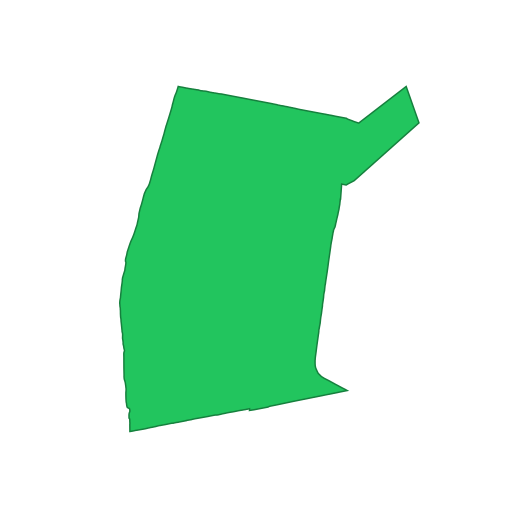 Stede Broec, Noord-Holland, Netherlands (Natural Earth projection), rotated 284°
{"feature_id": "6326949B50163313594410", "entity_name": "Stede Broec", "entity_type": "district", "adm_level": 2, "iso_a3": "NLD", "parent_name": "Netherlands", "parent_adm1": "Noord-Holland", "projection": "natural_earth1", "projection_center": [5.224, 52.697], "detail": "fine", "context": "isolated", "style": "filled", "palette": "green", "viewbox_px": 512, "rotation_deg": 284, "n_neighbors": 0, "source": "geoboundaries", "source_scale": "gbopen_adm2", "svg_char_len": 6005}
<svg xmlns="http://www.w3.org/2000/svg" viewBox="0 0 512 512"><g transform="rotate(284 256 256)"><path d="M401.7,139.5L400.9,139.5L397.7,139.3L396.2,139.2L394.4,139.0L392.8,138.7L391.9,138.6L391.0,138.5L388.8,138.4L385.3,138.4L382.7,138.3L380.6,138.4L379.8,138.4L374.9,138.2L370.9,138.0L367.3,137.8L364.3,137.6L362.5,137.5L362.0,137.5L360.3,137.3L359.6,137.3L355.1,137.2L351.9,137.2L348.3,137.0L344.8,136.9L339.6,136.5L338.3,136.5L337.8,136.5L335.9,136.3L334.5,136.2L330.9,136.0L321.8,135.8L316.3,135.7L313.8,135.6L310.5,135.4L308.1,135.3L304.2,135.3L302.4,135.2L300.2,135.1L298.4,134.8L297.0,134.5L294.8,133.7L294.0,133.4L291.3,132.9L289.5,132.6L286.2,132.5L282.6,132.5L278.3,132.4L274.4,132.1L268.9,132.2L265.2,132.8L261.0,132.9L259.9,132.9L258.4,133.0L257.0,133.0L254.0,132.7L252.1,132.6L249.2,132.4L247.0,132.2L244.0,131.8L240.4,131.1L237.9,130.8L235.6,130.6L228.8,130.1L227.1,130.2L225.6,130.3L223.1,130.2L222.2,130.2L221.5,130.2L220.2,130.4L219.8,130.5L219.4,130.6L218.9,131.0L218.4,131.3L218.0,131.4L216.8,131.6L214.3,131.8L212.6,131.9L210.3,132.2L207.3,132.0L204.8,131.9L202.6,131.8L200.7,132.0L199.6,132.3L197.3,132.6L193.1,133.0L189.3,133.6L185.7,134.1L182.6,134.6L180.3,134.7L178.2,135.0L176.9,135.3L176.2,135.6L174.9,136.0L173.7,136.4L173.2,136.7L172.5,137.0L171.9,137.1L171.5,137.2L171.1,137.4L170.4,137.6L169.0,138.0L167.4,138.4L165.7,138.9L164.4,139.3L163.8,139.5L163.3,139.7L162.7,140.0L161.6,140.4L159.9,140.9L157.8,141.7L151.1,144.1L150.1,144.4L148.9,145.1L147.5,145.6L144.3,146.3L143.6,146.5L141.6,147.4L141.0,147.6L140.0,148.0L139.0,148.2L138.1,148.5L136.7,149.3L134.3,150.3L133.4,150.8L132.4,151.3L132.1,151.3L131.8,151.4L131.1,151.2L130.5,151.2L129.7,151.3L129.1,151.4L125.8,152.3L115.9,154.8L108.5,156.8L106.8,157.2L104.8,157.9L103.9,158.4L102.8,159.1L101.5,159.8L98.3,161.1L97.2,161.5L95.6,162.1L94.3,162.4L92.0,162.8L89.6,163.4L86.3,164.3L83.7,165.1L82.4,165.6L81.9,165.9L80.3,166.5L79.1,167.0L78.5,167.4L77.9,167.8L77.8,168.2L77.6,168.9L77.5,169.6L77.3,170.0L77.1,170.3L76.8,170.5L76.0,170.8L75.3,171.1L74.7,171.2L72.8,171.0L71.9,171.1L71.1,171.2L68.8,171.8L68.0,172.0L67.8,172.3L67.6,172.5L67.4,172.8L67.1,173.0L66.5,173.1L65.7,173.4L64.5,173.7L63.3,174.1L62.2,174.3L61.0,174.6L58.7,175.2L56.4,175.8L55.2,176.1L55.3,176.4L56.1,178.2L56.9,179.9L57.5,181.0L58.0,182.2L58.1,182.5L58.9,184.3L60.7,188.4L61.3,189.7L61.8,190.8L63.1,193.2L63.6,194.3L64.1,195.2L64.5,196.2L65.1,197.5L65.6,198.5L66.2,199.8L67.4,201.9L68.1,203.3L68.3,203.9L69.4,206.3L70.6,209.0L71.0,209.8L72.0,211.9L72.6,213.1L73.1,214.2L73.2,214.4L73.4,214.9L73.9,216.5L74.4,217.3L74.8,218.2L75.2,219.0L75.3,219.3L75.9,220.8L76.1,221.1L78.5,226.3L79.2,227.8L79.3,227.7L80.1,229.4L81.6,232.9L82.0,233.5L83.3,236.1L84.4,238.6L86.4,243.1L88.1,246.9L88.8,248.5L89.1,249.0L90.4,251.8L91.7,254.6L92.0,255.6L92.1,256.1L92.3,256.5L92.4,257.0L92.8,257.9L93.6,259.4L93.7,259.7L94.6,261.3L95.3,262.8L95.9,264.1L96.5,265.2L97.3,266.9L97.6,267.6L98.0,268.4L99.0,270.8L99.9,272.8L101.2,275.5L101.5,276.1L101.7,276.5L101.9,277.0L102.2,277.7L102.7,278.8L103.0,279.6L103.9,281.5L104.4,282.8L104.9,283.7L105.2,284.5L106.3,286.7L105.4,286.9L104.8,287.1L104.6,287.1L106.3,291.2L112.1,303.7L112.4,304.3L113.4,305.4L116.9,312.8L123.9,327.2L147.5,377.0L148.1,374.9L148.7,372.2L149.5,369.0L150.3,365.9L150.5,364.9L151.4,361.6L152.1,358.9L152.5,357.5L153.3,354.0L153.8,351.8L154.4,350.0L154.6,349.4L154.8,348.7L155.4,347.7L156.1,346.5L156.3,346.3L156.5,345.8L156.7,345.5L157.3,344.6L158.7,343.4L160.1,342.3L161.8,341.0L163.6,340.1L165.7,339.4L167.7,338.9L169.3,338.5L169.7,338.5L170.6,338.3L171.9,338.1L177.3,337.5L183.1,336.8L195.3,335.5L195.7,335.5L198.0,335.2L199.8,334.8L200.1,334.9L200.4,334.9L202.9,334.7L206.3,334.5L206.6,334.4L207.1,334.4L209.7,334.0L212.0,333.7L216.1,333.4L220.3,332.9L223.4,332.6L224.8,332.3L225.6,332.2L228.0,332.0L231.9,331.6L233.6,331.3L235.5,331.0L236.2,331.0L237.4,330.9L238.8,330.9L242.1,330.4L244.4,330.1L244.5,330.1L245.5,330.1L249.0,329.7L253.4,329.3L257.7,328.9L263.4,328.3L268.5,327.7L275.4,327.0L281.3,326.4L283.2,326.2L283.7,326.1L284.6,326.0L287.2,325.8L288.9,325.7L291.3,325.6L292.0,325.5L294.6,325.3L296.1,325.2L297.0,325.1L299.1,325.1L299.6,325.0L300.1,325.0L300.7,325.1L301.9,325.3L302.8,325.5L303.2,325.6L303.5,325.6L304.0,325.6L305.5,325.6L305.8,325.6L306.0,325.5L306.3,325.5L306.3,325.4L306.6,325.4L307.1,325.5L307.5,325.5L308.7,325.5L311.7,325.4L314.8,325.4L316.0,325.4L317.3,325.3L320.3,325.2L321.4,325.2L323.1,325.0L326.2,324.8L329.0,324.4L330.7,324.2L331.0,324.1L331.5,324.0L331.6,324.3L346.5,321.7L346.7,326.3L348.3,327.9L352.8,333.0L424.6,381.9L456.8,360.7L409.8,323.5L410.2,318.2L410.3,317.7L410.4,317.2L410.7,314.4L411.0,311.6L411.5,310.5L410.8,298.9L410.8,298.1L409.0,267.1L408.9,265.1L408.8,264.0L408.7,261.0L408.7,258.7L408.7,258.0L408.6,256.9L408.6,256.5L408.6,256.0L408.6,255.2L408.5,254.4L408.5,253.6L408.5,253.3L408.4,252.8L408.4,252.1L408.4,251.5L408.4,251.0L408.3,248.9L408.2,248.5L408.2,248.1L408.2,246.6L408.2,246.2L408.1,245.2L408.0,244.5L407.9,243.2L407.9,242.1L407.8,241.2L407.8,240.8L407.8,240.5L407.9,239.5L407.8,238.2L407.8,237.6L407.7,236.3L407.7,235.7L407.7,234.9L406.4,212.1L406.3,210.0L405.0,186.6L405.0,186.4L405.0,186.0L404.9,184.7L404.9,184.3L404.9,183.8L404.8,183.1L404.8,182.8L404.7,182.5L404.6,181.8L404.5,181.4L404.5,180.9L404.4,180.3L404.4,179.8L404.4,179.3L404.3,178.1L404.3,177.4L404.1,176.5L404.1,175.8L404.1,175.3L403.9,173.9L403.9,173.3L403.9,172.7L403.8,172.3L403.8,171.7L403.8,170.7L403.8,169.1L403.8,168.1L403.7,166.9L403.6,166.3L403.3,164.7L403.3,164.2L403.2,163.6L403.1,163.0L403.0,162.4L403.0,162.1L403.1,161.2L403.1,160.7L403.1,160.3L403.2,159.9L403.1,159.7L403.1,159.2L402.9,157.8L402.9,157.1L402.7,155.4L402.7,154.8L402.6,154.2L402.5,152.9L402.3,150.7L402.2,149.1L402.2,148.6L402.1,148.2L402.1,147.5L402.0,147.0L402.1,146.5L402.0,145.8L402.0,145.3L402.0,144.8L401.9,143.1L401.8,142.4L401.8,141.9L401.7,141.4L401.7,140.9L401.7,140.6L401.7,140.3L401.7,140.0L401.7,139.7L401.7,139.5Z" fill="#22c55e" stroke="#15803d" stroke-width="1.5"/></g></svg>